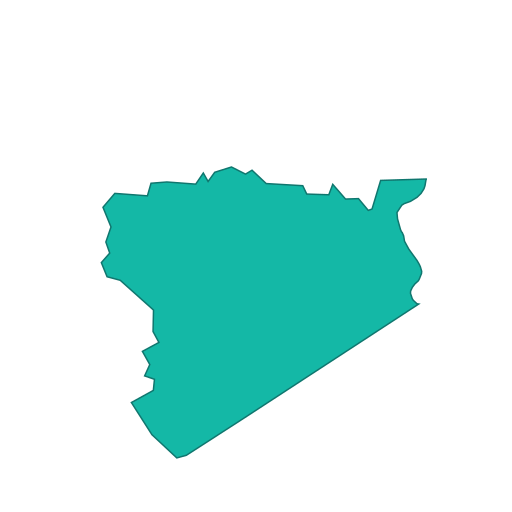 Wetzel, West Virginia, United States of America (Equal Earth projection), rotated 147°
{"feature_id": "52423323B41320472934354", "entity_name": "Wetzel", "entity_type": "district", "adm_level": 2, "iso_a3": "USA", "parent_name": "United States of America", "parent_adm1": "West Virginia", "projection": "equal_earth", "projection_center": [-80.719, 39.575], "detail": "fine", "context": "isolated", "style": "filled", "palette": "teal", "viewbox_px": 512, "rotation_deg": 147, "n_neighbors": 0, "source": "geoboundaries", "source_scale": "gbopen_adm2", "svg_char_len": 1041}
<svg xmlns="http://www.w3.org/2000/svg" viewBox="0 0 512 512"><g transform="rotate(147 256 256)"><path d="M145.7,127.1L147.0,128.3L148.2,133.1L148.2,135.1L146.8,140.5L145.4,142.4L141.9,144.6L138.1,146.0L133.3,146.8L131.5,147.8L126.7,151.2L125.4,152.9L124.0,157.5L123.6,160.4L123.4,164.6L124.1,178.5L123.4,187.5L121.2,192.5L120.6,196.1L120.8,197.1L120.4,199.5L117.1,210.0L114.1,215.7L106.1,219.2L103.2,219.2L96.7,217.7L89.0,217.5L83.5,218.6L78.5,220.9L76.0,222.9L71.4,227.9L110.3,251.5L133.1,232.2L137.0,233.1L138.8,248.3L149.9,255.0L152.6,274.3L161.6,267.7L179.7,280.3L178.5,289.5L208.0,311.2L212.6,330.1L220.2,330.4L228.1,344.0L245.0,348.7L255.6,344.6L255.0,354.3L267.4,349.1L290.4,366.6L304.4,374.2L314.3,365.6L340.3,385.4L357.8,380.2L361.8,359.3L374.3,349.5L377.1,338.1L389.3,334.7L392.2,319.7L383.1,309.6L371.4,266.5L383.5,248.7L384.5,236.4L403.2,237.9L404.2,222.8L414.7,216.1L408.3,207.9L415.3,199.2L440.3,201.0L440.6,162.8L432.4,129.8L422.9,126.8L357.1,126.6L145.7,127.1Z" fill="#14b8a6" stroke="#0f766e" stroke-width="1.5"/></g></svg>